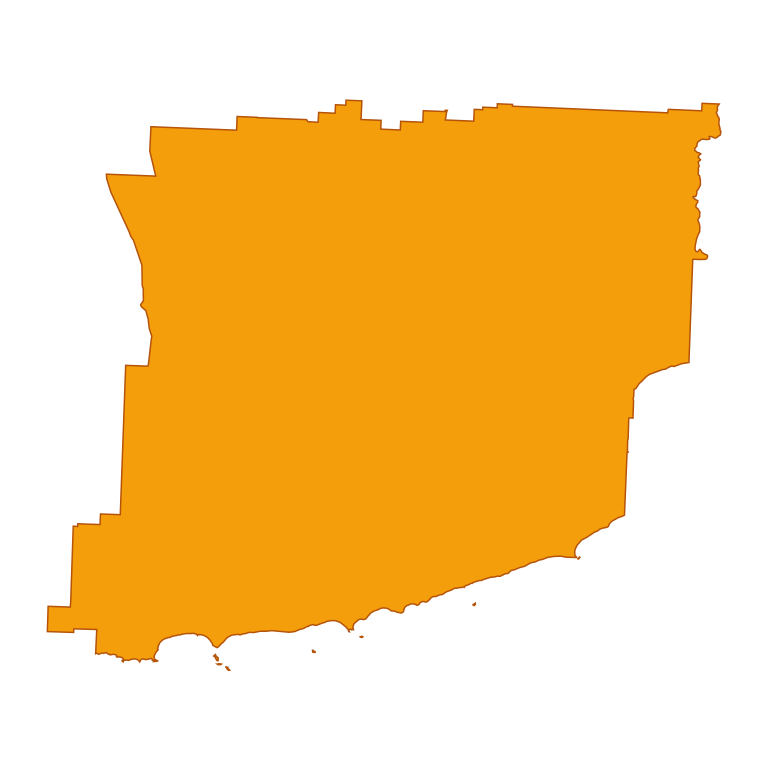 Dandaragan, Western Australia, Australia (orthographic projection), rotated 272°
{"feature_id": "25037944B25957721357526", "entity_name": "Dandaragan", "entity_type": "district", "adm_level": 2, "iso_a3": "AUS", "parent_name": "Australia", "parent_adm1": "Western Australia", "projection": "orthographic", "projection_center": [115.251, -30.541], "detail": "fine", "context": "isolated", "style": "filled", "palette": "amber", "viewbox_px": 768, "rotation_deg": 272, "n_neighbors": 0, "source": "geoboundaries", "source_scale": "gbopen_adm2", "svg_char_len": 6130}
<svg xmlns="http://www.w3.org/2000/svg" viewBox="0 0 768 768"><g transform="rotate(272 384 384)"><path d="M104.4,105.2L104.9,106.3L103.9,108.2L105.3,111.6L105.0,113.0L105.9,115.7L104.4,117.9L104.3,119.2L103.7,119.7L104.3,121.9L104.3,124.5L103.7,125.9L102.9,126.6L102.3,126.1L101.8,126.6L102.0,129.9L101.2,132.2L99.7,133.3L98.2,131.8L97.2,133.0L98.3,133.2L98.9,134.6L99.1,137.0L98.9,138.7L100.1,141.1L100.6,144.5L100.0,147.2L99.2,148.3L97.7,149.6L99.4,150.2L100.6,151.5L100.8,153.3L100.2,155.9L101.6,160.7L101.1,161.7L100.5,162.1L100.0,162.1L100.1,162.5L99.2,163.4L98.6,163.2L98.6,164.0L99.5,163.6L100.0,163.9L100.1,164.5L99.9,165.3L99.0,165.3L98.8,166.2L99.4,167.4L100.2,166.0L100.4,165.1L101.3,164.2L104.1,163.8L107.5,165.2L110.7,167.6L111.6,166.9L114.1,167.7L114.6,167.5L116.2,168.5L117.3,168.7L118.9,170.1L120.4,171.6L121.7,173.7L123.1,177.4L123.3,179.1L124.5,181.0L125.4,185.5L125.9,186.4L126.1,188.6L127.1,191.8L127.8,195.8L127.8,198.9L128.2,202.1L127.4,205.4L126.1,206.4L127.2,207.2L126.9,208.3L127.1,209.4L126.8,211.4L126.3,213.1L124.8,216.1L122.2,218.8L119.1,221.2L116.7,222.2L114.7,226.3L115.7,227.9L118.2,229.9L120.5,232.5L124.4,235.5L126.0,237.5L127.8,240.8L128.6,246.1L128.6,247.7L128.2,248.8L129.5,252.3L129.6,253.7L131.1,258.1L131.1,262.4L132.6,269.0L132.8,274.8L133.6,280.6L132.6,297.8L133.1,301.4L133.6,303.7L135.8,308.5L136.8,312.0L138.9,315.6L139.2,316.3L139.0,316.9L139.8,317.7L140.3,318.6L141.1,321.9L140.5,323.2L140.5,325.1L143.1,331.1L143.5,332.9L144.7,334.9L145.6,339.1L145.8,342.0L145.6,344.4L144.2,348.6L140.4,353.8L137.6,356.6L135.3,357.5L135.2,358.0L137.2,357.1L137.2,357.8L137.7,358.6L137.8,359.4L137.1,360.4L137.5,361.2L137.4,362.1L140.1,361.3L143.4,362.4L147.4,366.7L148.4,368.8L147.8,371.6L148.5,373.9L152.4,376.8L153.0,377.6L153.6,377.7L154.7,378.8L156.9,382.2L158.3,386.1L159.6,388.3L160.2,390.9L160.0,394.8L158.9,397.3L157.5,399.0L157.4,402.5L156.5,404.6L155.7,409.4L157.1,411.4L160.2,412.0L162.3,413.2L163.6,415.1L164.2,416.9L165.3,418.6L165.1,422.5L164.1,424.3L164.3,425.7L164.7,426.5L166.6,427.7L167.6,429.0L168.0,430.7L167.5,433.9L168.8,435.8L172.3,438.8L173.4,441.1L173.4,443.3L175.2,446.8L175.7,449.9L178.0,452.8L179.0,454.8L180.3,458.3L182.3,461.6L182.6,464.6L183.3,466.7L183.2,468.4L184.0,470.4L183.5,471.3L185.3,472.5L186.1,474.9L188.0,478.4L187.8,479.1L188.5,479.7L190.2,483.9L190.9,486.5L191.1,488.5L192.0,490.0L194.7,497.7L194.7,499.5L195.2,500.7L195.1,501.8L195.9,503.8L195.9,507.1L197.3,508.8L197.3,509.7L198.0,510.5L198.7,512.3L199.0,514.6L201.4,516.8L202.4,518.5L202.8,520.6L205.3,526.1L206.8,531.1L210.3,536.6L211.6,541.7L213.4,545.0L214.1,548.2L216.4,553.6L217.6,559.8L218.1,566.9L217.3,572.0L217.3,582.1L217.8,582.4L219.3,580.9L220.6,580.6L223.9,580.5L225.4,580.8L229.5,582.5L234.9,586.9L238.2,592.5L243.2,599.4L244.6,602.6L246.4,604.6L247.7,607.9L248.1,610.1L248.9,612.4L249.5,613.2L252.3,614.2L254.2,615.9L255.5,617.6L258.8,623.1L260.0,626.5L261.3,628.9L324.5,629.3L324.5,630.3L325.9,629.6L333.1,629.5L336.8,629.5L337.8,629.9L358.3,629.8L358.7,630.3L358.6,634.0L375.9,634.0L378.3,633.5L380.4,634.0L387.3,634.0L388.5,636.1L393.3,638.9L395.5,641.3L400.4,645.7L402.8,648.8L408.1,661.6L408.8,665.1L410.4,667.5L411.8,670.3L411.9,671.3L411.6,673.2L414.7,680.8L416.1,688.0L519.2,688.2L519.5,689.5L519.4,694.3L519.8,700.8L520.7,702.3L522.9,703.0L524.0,702.6L525.0,700.0L526.6,697.2L529.4,695.4L529.6,694.9L529.3,694.5L527.7,693.5L527.0,692.4L527.8,690.8L529.8,690.1L533.0,690.2L539.3,691.2L543.8,692.6L547.2,694.2L552.8,694.1L556.2,693.1L558.6,691.9L559.9,692.2L562.2,693.7L565.0,693.5L566.5,693.8L570.4,691.4L571.0,690.0L572.0,689.5L574.2,689.7L576.9,691.2L578.0,691.3L579.6,688.2L581.5,686.3L582.2,686.7L582.2,688.6L582.9,689.3L584.9,689.9L587.8,689.9L589.1,691.0L594.0,693.3L599.0,693.0L603.3,692.0L604.1,690.9L605.0,690.7L608.9,690.8L610.7,690.5L612.5,691.3L616.7,690.3L617.8,691.0L618.1,691.7L619.1,692.5L621.6,690.1L624.3,691.2L624.6,692.3L625.0,692.6L625.9,691.1L626.4,688.8L627.7,687.5L628.2,686.5L629.5,686.3L630.6,686.7L632.8,688.5L634.3,688.4L636.6,689.0L639.5,692.6L639.9,694.2L639.5,697.9L640.1,700.8L640.4,701.1L642.6,700.3L642.9,700.9L642.4,703.6L641.4,705.6L641.4,707.0L642.0,708.2L642.6,708.5L644.7,711.5L646.8,711.6L647.3,711.9L648.9,711.5L649.3,710.9L650.6,711.0L656.0,709.5L660.6,709.8L662.6,708.9L663.3,708.2L667.0,706.7L669.1,707.7L672.2,707.4L673.0,707.6L675.5,709.2L675.6,692.1L668.1,692.0L668.4,658.6L664.9,658.0L666.1,502.7L667.9,502.7L668.0,487.5L664.0,487.5L664.1,473.1L661.6,473.1L661.6,464.6L649.8,464.5L650.0,436.1L658.0,437.1L659.6,437.6L659.3,436.6L659.7,436.9L659.7,435.6L658.4,435.6L658.5,413.7L647.0,413.7L647.1,391.5L638.4,391.4L638.6,371.9L647.4,371.9L647.5,351.8L666.2,352.0L666.3,336.1L661.3,336.1L661.4,325.8L652.9,325.7L653.1,309.2L643.3,309.0L643.5,298.8L645.5,297.4L645.8,247.8L646.1,247.8L646.2,227.9L632.5,227.8L633.0,142.1L608.6,141.8L583.8,148.6L584.0,99.2L579.2,99.8L566.3,104.3L527.4,123.9L522.9,125.7L518.9,128.6L494.3,137.9L474.3,138.9L470.5,140.1L459.3,140.6L458.3,140.4L455.3,138.3L454.2,138.1L452.6,139.0L449.0,143.4L440.9,146.0L431.5,147.4L423.5,150.3L420.7,149.9L395.6,147.9L393.6,147.4L393.6,125.2L244.2,125.0L244.2,105.2L233.6,105.1L233.6,82.8L230.9,82.8L231.1,78.4L154.6,78.5L150.1,78.2L150.1,56.1L124.8,56.2L124.9,82.5L128.5,82.5L128.6,105.5L104.4,105.2ZM101.7,227.8L104.4,227.9L105.8,226.0L107.8,224.9L106.2,223.3L105.6,224.5L102.1,226.4L101.8,226.7L101.7,227.8ZM95.9,236.0L95.5,235.8L94.5,237.2L93.7,237.0L93.2,238.0L92.4,238.4L92.6,239.7L94.5,237.9L95.5,237.8L95.5,236.8L95.9,236.0ZM113.4,322.3L113.6,323.1L113.3,323.8L113.5,324.6L113.9,324.7L114.2,324.4L114.0,323.3L114.5,323.1L114.4,322.6L115.2,322.7L115.5,322.3L115.3,321.8L114.4,322.2L113.7,322.0L113.4,322.3ZM167.0,483.0L168.1,482.9L166.9,481.3L166.9,480.8L166.4,480.6L166.3,481.7L165.8,481.8L165.8,482.3L166.8,482.6L167.0,483.0ZM97.9,228.7L97.7,230.1L98.4,231.2L98.7,229.6L98.3,227.1L97.6,228.4L97.7,228.7L97.9,228.7ZM130.1,369.3L130.0,371.2L130.6,371.7L131.2,370.4L130.6,369.7L130.4,369.0L130.1,369.3ZM217.7,585.8L217.9,585.3L216.7,584.7L216.4,583.7L216.2,583.6L215.9,584.3L216.3,585.0L217.7,585.8Z" fill="#f59e0b" stroke="#b45309" stroke-width="1.5"/></g></svg>